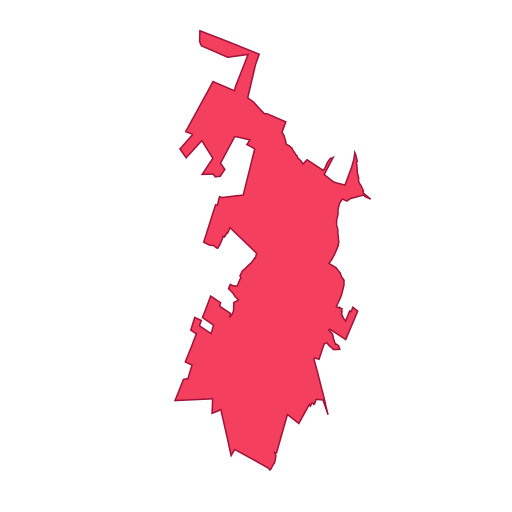 Acanceh, Yucatán, Mexico (Equal Earth projection), rotated 195°
{"feature_id": "50627088B2237882581222", "entity_name": "Acanceh", "entity_type": "district", "adm_level": 2, "iso_a3": "MEX", "parent_name": "Mexico", "parent_adm1": "Yucatán", "projection": "equal_earth", "projection_center": [-89.45, 20.818], "detail": "fine", "context": "isolated", "style": "filled", "palette": "rose", "viewbox_px": 512, "rotation_deg": 195, "n_neighbors": 0, "source": "geoboundaries", "source_scale": "gbopen_adm2", "svg_char_len": 5096}
<svg xmlns="http://www.w3.org/2000/svg" viewBox="0 0 512 512"><g transform="rotate(195 256 256)"><path d="M228.4,56.8L226.5,63.6L215.7,61.0L201.2,57.4L198.2,56.6L194.9,55.8L191.2,54.8L189.1,54.3L187.2,52.9L186.9,53.4L186.6,53.8L186.5,54.1L185.1,59.9L184.7,60.5L184.5,61.7L185.0,68.2L187.1,70.8L185.2,71.0L184.6,111.0L171.3,105.3L166.1,126.3L164.7,125.0L164.4,125.9L164.0,128.4L162.4,128.5L161.8,127.6L161.1,128.3L161.6,129.0L161.1,129.6L160.8,133.0L160.2,133.1L159.4,133.3L158.9,133.4L158.3,133.5L157.8,133.6L157.7,133.6L157.4,133.7L157.0,133.8L156.8,133.8L156.7,133.8L156.4,133.9L156.1,133.9L155.7,134.0L155.2,134.1L154.4,134.2L154.0,134.3L152.3,131.7L151.5,130.5L145.3,121.3L150.1,129.9L150.7,131.4L152.5,134.6L154.8,138.8L156.9,142.5L158.4,145.1L160.3,148.6L163.5,154.3L163.8,154.8L164.0,155.2L164.6,156.1L165.4,157.8L165.9,158.7L166.3,159.3L166.8,160.3L167.5,161.4L167.7,161.7L168.2,162.6L168.8,163.5L169.3,164.5L170.0,165.7L170.9,167.2L171.6,168.4L172.1,169.3L172.7,170.3L173.4,171.4L172.9,172.8L168.4,172.5L167.4,188.9L166.9,188.9L166.4,189.8L165.0,190.4L162.4,188.5L160.6,187.6L157.7,186.3L157.3,185.8L156.6,185.7L150.9,187.5L153.1,190.8L156.0,191.7L156.5,191.3L159.9,196.5L161.2,199.2L162.6,201.0L164.6,202.1L165.8,202.9L166.5,203.6L165.6,204.4L147.7,198.5L143.8,226.4L143.5,229.1L149.2,231.6L149.8,226.9L151.3,227.2L152.6,216.3L156.8,219.7L156.6,220.3L158.2,221.6L158.5,224.7L159.1,224.9L159.2,227.2L162.3,228.0L162.3,227.2L165.3,227.8L163.6,237.8L163.3,241.4L163.5,250.6L164.2,253.3L164.3,253.7L164.7,255.4L168.3,258.4L170.6,261.8L172.2,262.7L175.7,265.5L183.6,267.7L182.0,271.8L180.5,278.1L179.7,283.8L179.2,287.5L179.8,287.6L179.4,290.2L183.1,300.0L183.6,302.3L186.2,306.8L187.5,312.0L187.5,317.3L188.7,321.7L189.0,328.4L187.3,333.4L182.5,332.6L179.5,336.0L167.8,342.7L165.7,341.6L159.9,340.6L161.3,341.2L164.2,342.5L168.6,344.6L168.8,344.9L169.3,345.7L169.0,346.7L170.9,348.9L173.2,351.6L173.9,352.0L175.3,353.5L176.2,354.7L176.4,355.3L176.7,356.3L176.8,357.4L178.4,360.5L179.3,362.0L179.9,363.4L180.4,365.0L181.3,367.5L182.2,370.1L182.9,371.3L183.2,372.0L182.6,373.9L183.0,374.3L185.7,379.3L187.3,381.4L186.5,374.8L186.6,366.7L188.4,347.6L196.9,347.4L200.7,347.8L211.2,352.3L207.0,371.1L208.1,370.1L209.5,369.5L211.2,364.9L211.6,363.1L212.2,358.6L212.4,358.2L213.2,356.1L231.6,362.2L234.4,357.1L237.5,359.7L241.1,361.5L242.1,363.2L243.2,363.8L247.9,367.9L249.2,369.5L252.6,371.1L255.5,371.7L256.8,373.7L256.7,373.9L260.0,379.4L262.9,382.3L261.9,393.3L282.3,396.3L284.6,395.6L290.9,399.3L298.3,404.1L304.9,406.6L306.0,440.9L305.1,451.7L321.1,453.7L338.5,455.8L362.4,458.4L368.5,459.1L366.1,449.0L365.1,447.4L363.1,444.9L334.6,440.6L331.3,442.1L315.8,448.6L319.7,414.1L319.5,410.1L320.6,410.2L321.5,410.3L332.5,411.9L342.7,413.4L342.8,412.6L343.0,412.1L343.4,410.3L344.2,407.1L344.5,405.7L345.1,403.3L345.5,401.0L346.2,398.9L346.6,397.0L348.6,388.8L349.1,386.6L349.8,383.9L350.0,382.9L350.2,382.2L350.9,379.2L351.4,377.2L352.2,374.0L352.8,371.7L353.4,369.1L353.7,367.9L354.4,365.2L354.5,364.5L354.7,363.6L356.1,357.9L349.4,357.3L348.9,356.3L357.2,339.7L348.9,332.8L338.2,353.4L323.0,339.2L325.8,330.9L329.1,320.9L318.7,324.0L316.4,322.6L316.1,321.9L315.8,321.9L314.7,322.3L312.7,323.2L311.2,323.6L311.0,324.3L309.5,328.9L308.5,331.5L314.3,336.5L313.5,339.9L307.4,366.0L292.0,366.6L292.0,366.2L293.6,361.3L289.0,360.3L285.0,359.2L284.5,333.9L284.4,326.4L284.1,311.5L290.3,309.2L299.4,305.5L304.2,303.6L306.6,303.9L306.5,295.0L308.3,295.0L310.1,256.2L309.5,256.1L309.5,255.6L303.7,254.5L302.2,254.7L301.5,255.0L300.8,254.8L298.9,255.0L296.6,253.7L295.0,253.5L293.7,258.2L293.2,261.9L292.8,265.4L293.0,266.2L291.6,266.1L291.6,267.5L290.8,267.5L290.8,268.0L290.4,269.7L290.2,270.8L289.3,270.8L289.3,271.0L288.3,276.6L278.3,271.0L273.6,268.5L268.8,265.8L256.0,258.7L256.1,258.3L256.2,256.9L256.0,255.9L256.1,254.5L256.4,253.5L256.8,253.6L258.9,247.6L259.4,247.5L259.9,246.6L261.1,244.7L263.4,240.7L264.3,239.5L264.7,239.0L265.4,237.9L265.5,237.6L265.6,236.2L266.0,234.9L266.3,232.6L265.5,231.7L264.8,230.5L265.5,229.3L265.5,228.8L265.8,227.1L266.0,225.3L266.1,223.5L266.4,222.2L269.6,221.4L270.7,221.4L272.2,221.6L273.5,221.9L274.1,217.2L273.3,217.0L268.5,214.0L265.8,211.4L261.7,209.3L262.0,208.5L265.5,205.2L264.8,202.8L264.2,200.2L263.7,198.1L263.6,196.9L263.7,194.6L264.0,193.3L265.7,189.9L265.6,193.7L265.7,193.9L277.8,198.0L278.2,198.1L278.0,201.6L282.9,203.3L289.4,205.6L290.7,192.7L291.8,182.7L283.9,179.9L279.1,178.2L279.2,173.0L279.4,169.5L281.7,170.2L284.0,171.0L286.9,172.0L289.8,173.0L292.6,174.0L292.4,176.5L292.1,179.6L294.5,180.0L297.6,180.5L298.8,180.7L299.3,180.8L299.4,177.4L299.6,174.0L299.7,170.7L299.8,167.5L297.8,166.8L297.4,166.7L295.8,166.1L293.8,165.5L293.5,165.5L293.5,165.2L293.8,162.3L294.0,160.2L294.4,157.0L294.6,154.4L294.9,151.8L295.2,149.2L295.6,146.1L296.9,135.4L289.6,134.1L290.0,119.9L290.8,119.7L294.1,118.0L296.8,95.4L261.0,106.8L260.4,104.4L260.3,104.1L259.0,98.6L259.0,98.3L257.7,92.6L251.8,97.1L251.4,97.5L250.2,98.5L249.3,97.0L249.1,96.6L249.0,96.2L235.4,70.4L233.9,67.4L228.4,56.8Z" fill="#f43f5e" stroke="#9f1239" stroke-width="1.5"/></g></svg>